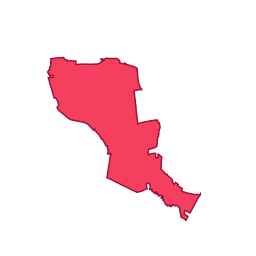 outline of Corlateni, Botosani, Romania, rotated 40°
{"feature_id": "2599482B71395956274801", "entity_name": "Corlateni", "entity_type": "district", "adm_level": 2, "iso_a3": "ROU", "parent_name": "Romania", "parent_adm1": "Botosani", "projection": "orthographic", "projection_center": [26.616, 47.942], "detail": "fine", "context": "isolated", "style": "filled", "palette": "rose", "viewbox_px": 256, "rotation_deg": 40, "n_neighbors": 0, "source": "geoboundaries", "source_scale": "gbopen_adm2", "svg_char_len": 5909}
<svg xmlns="http://www.w3.org/2000/svg" viewBox="0 0 256 256"><g transform="rotate(40 128 128)"><path d="M176.8,170.7L179.4,167.0L180.2,165.1L180.6,164.1L181.1,163.1L181.8,162.3L178.1,159.4L177.8,158.8L178.2,158.3L178.1,157.5L179.1,157.0L180.0,156.9L180.6,157.1L182.3,158.0L182.8,159.0L183.2,159.4L183.6,159.7L183.7,160.8L183.8,161.1L184.1,161.2L184.5,160.8L185.4,160.3L185.6,159.8L185.8,159.6L186.2,159.7L186.5,160.0L186.5,160.7L186.8,160.9L187.6,161.0L188.4,160.7L188.8,160.6L189.6,161.0L190.0,161.0L190.8,160.3L190.8,160.2L190.1,159.7L190.0,159.2L190.3,159.0L190.7,159.1L191.0,159.5L191.1,159.8L191.4,160.3L191.6,160.5L192.1,160.5L192.1,160.2L192.3,159.8L192.4,159.4L192.5,159.1L193.1,159.5L193.6,159.6L193.8,159.6L193.9,159.2L194.2,159.1L194.4,159.2L194.5,159.3L194.5,160.2L194.6,160.3L194.9,160.5L195.2,160.5L195.5,160.2L195.8,159.6L195.9,158.9L196.1,158.7L197.0,158.3L197.2,158.8L197.5,158.8L197.7,158.7L198.0,158.0L198.5,157.8L198.8,157.9L199.4,158.6L199.3,159.5L198.7,159.5L198.2,160.0L198.3,160.3L198.9,160.2L199.9,159.7L200.9,159.5L201.0,159.6L201.0,159.8L200.5,160.3L200.6,160.6L200.8,160.8L202.4,160.7L204.2,161.4L205.0,162.0L206.0,162.4L206.6,162.2L207.0,162.0L207.3,161.6L207.7,161.4L207.9,161.6L208.0,162.2L208.4,162.4L208.7,162.2L208.8,161.6L209.2,160.9L209.3,160.3L209.6,160.3L210.2,160.8L210.7,161.0L211.0,161.0L211.4,160.6L211.7,159.8L211.7,158.8L211.4,158.5L211.3,158.3L211.6,157.8L212.2,157.7L213.6,157.7L214.0,157.6L214.6,156.4L215.5,155.6L216.8,156.0L218.1,155.8L218.9,155.9L219.0,156.3L219.7,156.7L220.0,157.2L220.3,157.3L220.6,157.9L221.9,158.7L222.6,159.6L223.0,159.8L223.7,159.9L224.3,160.5L225.0,160.8L225.1,161.4L225.7,162.0L226.3,162.1L227.1,162.0L228.0,161.5L230.0,161.4L230.9,161.4L231.5,161.6L231.7,161.3L231.4,160.6L231.1,158.4L230.9,157.7L230.9,157.4L230.8,157.2L226.2,157.8L226.1,157.2L225.6,156.4L225.2,156.0L224.8,155.3L224.8,154.3L230.1,153.3L229.8,151.8L227.7,141.6L226.6,136.5L226.5,135.4L226.3,134.2L226.4,133.3L226.4,132.6L225.9,132.1L226.0,132.6L225.5,133.1L220.9,136.9L220.5,136.8L217.1,138.8L213.8,140.3L211.1,141.4L209.2,141.9L209.0,140.4L208.6,139.8L208.1,139.4L206.2,139.9L202.9,140.1L202.8,139.0L199.5,139.1L199.4,139.9L199.4,140.2L199.3,140.6L199.5,141.0L199.6,141.5L197.5,141.1L196.1,140.0L195.0,139.4L194.9,139.0L188.2,138.9L188.0,138.5L187.6,138.3L187.2,138.5L186.7,139.0L185.5,139.2L185.3,139.3L185.2,138.8L179.6,138.4L179.4,137.7L175.2,132.5L173.7,130.4L173.0,129.3L173.0,129.0L172.5,128.6L171.1,128.7L169.6,128.4L167.9,128.6L167.9,128.8L168.4,129.5L170.2,131.2L168.8,132.2L169.0,132.5L168.1,133.0L167.6,132.6L167.2,131.8L166.7,131.3L165.5,129.7L163.8,131.0L163.3,131.8L162.6,132.5L162.3,133.0L161.6,133.7L161.4,134.1L161.4,134.5L161.1,134.6L161.3,135.0L161.0,135.0L160.9,134.6L160.1,135.0L160.0,134.6L159.2,133.7L158.0,132.0L157.4,131.4L161.0,126.2L161.2,125.3L161.4,124.8L161.3,124.4L161.5,124.3L161.6,123.7L161.8,123.6L160.3,121.0L158.9,119.2L158.1,118.2L157.5,117.4L156.8,116.0L156.6,115.9L156.6,115.5L156.8,115.0L156.7,114.7L155.2,112.4L154.5,111.8L154.2,111.5L154.1,111.2L153.3,109.7L152.6,107.7L152.2,107.2L152.1,106.8L151.6,106.3L148.9,104.2L148.5,104.1L148.1,103.9L147.8,104.1L146.9,104.3L146.3,103.5L145.9,103.5L145.6,103.7L145.2,103.4L144.8,103.2L144.1,104.2L142.5,105.9L141.6,107.1L140.3,108.3L140.1,108.6L140.0,108.9L138.4,110.8L136.4,113.2L135.0,115.1L132.8,118.5L125.6,111.7L124.6,110.9L122.0,108.3L121.5,107.8L121.2,107.4L120.2,106.6L120.3,106.5L117.6,104.2L117.5,103.9L117.0,103.7L116.9,103.4L116.1,102.6L116.0,102.3L114.1,100.7L108.6,95.4L110.7,93.0L111.3,92.1L112.1,91.5L112.9,90.5L113.8,89.9L113.0,89.4L111.9,89.3L111.4,89.1L108.0,87.2L105.8,85.5L103.9,83.9L102.6,82.6L102.0,81.8L100.4,80.2L97.7,77.6L96.2,76.4L93.4,77.1L89.7,78.8L88.7,79.1L85.3,80.7L85.1,80.2L83.8,80.3L84.2,81.1L84.0,81.4L83.1,82.0L82.3,82.1L81.9,82.5L79.7,83.5L78.8,82.2L78.2,81.9L76.9,81.6L76.0,81.9L74.8,81.9L70.5,85.6L70.1,85.8L69.7,86.1L69.7,86.3L69.3,86.7L67.9,87.5L66.5,88.5L66.0,89.3L65.9,89.6L65.9,90.7L66.0,92.0L65.9,92.6L65.2,92.1L64.4,91.2L64.0,91.5L63.0,92.6L63.5,92.7L64.2,93.1L65.2,94.3L64.9,95.2L64.7,96.1L64.2,97.6L63.5,98.6L62.2,99.7L60.7,101.2L55.6,105.5L53.3,107.3L51.0,109.3L48.2,112.0L47.4,113.0L45.0,110.2L38.1,115.7L37.7,115.1L36.8,115.6L35.4,115.9L34.6,115.8L34.2,116.0L33.6,115.5L33.3,115.4L32.1,116.6L31.7,117.0L30.7,117.8L29.7,118.8L24.3,124.7L24.6,125.0L25.3,125.3L25.7,125.6L25.9,126.3L26.5,127.3L26.8,127.7L27.7,128.2L27.8,128.4L27.6,128.5L27.7,128.8L28.1,128.8L28.6,129.3L28.8,130.0L28.8,130.3L28.9,130.9L28.9,131.6L29.2,132.1L30.1,132.5L30.2,133.3L30.1,133.9L30.2,134.5L30.5,135.9L30.4,136.5L30.6,136.9L31.0,137.2L32.3,137.0L32.5,137.6L32.8,137.9L33.1,137.9L33.3,138.0L34.3,137.7L34.6,138.3L34.8,138.5L35.3,138.2L35.2,138.0L35.3,137.2L36.2,136.5L37.2,136.4L37.7,136.6L38.4,137.1L34.6,140.7L43.9,146.9L52.2,152.5L52.6,151.8L52.8,151.7L53.9,151.6L54.9,151.7L57.4,153.1L58.8,153.6L58.8,153.9L58.9,154.0L60.0,154.8L60.2,155.4L60.3,156.0L60.5,156.5L61.0,157.0L60.4,157.7L61.3,158.3L62.4,158.7L64.3,159.0L75.5,158.9L77.2,158.7L78.3,158.5L80.2,157.7L89.5,152.6L91.9,151.5L94.4,150.9L96.0,150.9L102.7,151.9L103.1,150.0L103.9,151.0L104.5,151.3L104.9,151.2L105.9,151.2L106.1,151.4L111.8,152.2L112.5,152.7L112.8,152.9L113.2,152.8L114.2,153.4L115.3,153.5L116.0,153.3L116.5,153.3L117.2,153.5L121.1,155.1L122.3,155.8L122.8,155.8L123.1,155.5L123.3,155.1L123.8,154.9L123.9,155.0L124.2,155.6L124.8,156.3L125.0,156.4L125.5,156.9L126.0,157.1L126.5,156.8L126.8,157.0L127.1,157.7L127.2,158.3L128.3,159.1L128.5,159.5L128.6,160.3L129.0,160.9L129.4,160.9L130.0,160.4L130.5,159.8L130.5,159.2L130.7,158.9L131.1,158.8L132.2,159.0L132.0,159.9L133.0,161.6L133.0,162.3L133.5,162.3L135.1,165.0L135.4,165.3L135.6,165.9L139.3,172.1L142.4,177.1L143.2,178.6L143.6,179.2L143.7,179.6L147.9,178.4L151.0,177.7L155.7,176.6L156.7,176.2L158.6,176.0L165.0,174.2L168.9,173.4L176.0,171.5L176.4,171.3L176.8,170.7Z" fill="#f43f5e" stroke="#9f1239" stroke-width="1.5"/></g></svg>